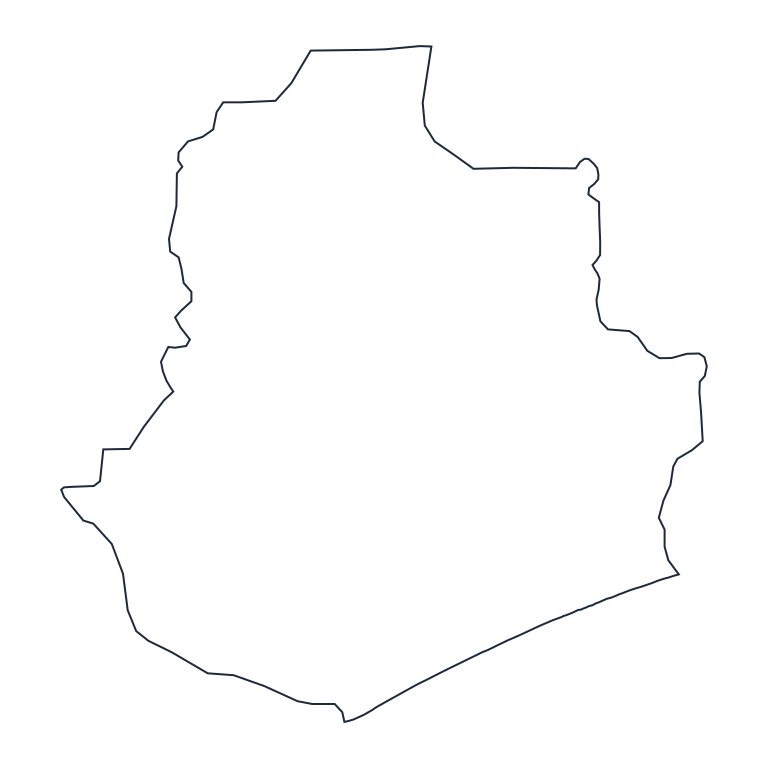 Salinas, Canelones, Uruguay (Robinson projection)
{"feature_id": "84410073B77165260459869", "entity_name": "Salinas", "entity_type": "district", "adm_level": 2, "iso_a3": "URY", "parent_name": "Uruguay", "parent_adm1": "Canelones", "projection": "robinson", "projection_center": [-55.842, -34.745], "detail": "fine", "context": "isolated", "style": "outline", "palette": "slate", "viewbox_px": 768, "rotation_deg": 0, "n_neighbors": 0, "source": "geoboundaries", "source_scale": "gbopen_adm2", "svg_char_len": 2202}
<svg xmlns="http://www.w3.org/2000/svg" viewBox="0 0 768 768"><path d="M344.4,721.9L348.9,720.9L353.7,719.4L363.5,715.0L371.6,710.4L376.6,707.0L382.5,703.7L391.6,698.6L405.8,690.7L414.3,686.0L420.7,682.7L426.0,680.1L437.4,674.3L448.1,668.9L464.9,660.7L482.3,652.2L487.6,650.1L499.7,644.2L507.8,640.3L518.9,635.5L540.2,625.6L552.8,620.2L561.3,617.1L563.8,615.9L566.2,615.2L570.0,613.7L572.2,612.8L574.8,611.6L578.4,609.9L581.0,609.6L583.9,608.3L585.9,607.6L588.5,606.3L592.5,605.2L595.5,603.5L598.9,602.3L602.9,600.5L606.5,598.9L611.3,597.6L614.9,596.2L619.2,594.3L623.5,592.8L626.4,591.6L630.7,590.0L635.6,588.4L640.4,587.0L645.8,585.2L652.1,583.0L657.9,580.7L664.4,578.6L668.7,577.5L673.1,576.0L678.8,574.4L668.3,560.2L664.6,546.7L664.6,529.6L658.8,517.8L663.4,500.7L670.4,485.2L673.3,466.5L677.5,458.7L691.9,450.2L702.7,441.2L701.0,411.4L699.4,392.7L699.8,381.7L704.8,376.0L706.8,366.3L704.4,357.2L699.1,353.5L686.8,353.8L671.7,358.0L659.5,358.2L647.3,350.8L637.7,337.0L629.5,331.1L608.0,329.4L600.4,321.3L596.9,305.1L596.5,299.7L598.7,289.5L599.6,278.7L597.5,273.5L594.7,269.3L592.5,265.0L596.3,260.8L600.1,255.0L600.2,241.8L599.6,227.7L599.1,212.2L599.1,202.2L593.6,198.3L588.4,194.5L589.1,188.0L594.2,184.0L598.2,179.3L598.4,174.5L597.2,168.1L593.6,163.6L588.4,158.9L584.5,158.8L580.1,161.9L575.7,168.3L568.2,168.3L513.0,167.8L473.5,168.8L453.9,154.7L434.7,141.5L424.8,125.6L422.7,102.8L431.4,46.5L419.8,46.1L385.5,49.3L371.5,49.8L310.7,50.6L291.3,83.2L275.5,100.8L242.3,102.3L223.2,102.3L216.6,112.2L213.2,129.4L202.5,136.9L188.0,141.4L178.6,152.4L178.2,160.5L182.3,166.7L176.9,173.4L176.4,206.2L169.0,238.9L170.2,251.6L178.6,257.3L181.4,268.5L183.7,283.0L191.4,291.9L191.4,301.2L181.2,310.6L175.1,317.4L180.5,327.4L189.9,339.6L186.1,346.0L175.0,347.7L168.3,347.0L165.1,353.4L161.0,361.8L162.9,371.3L166.4,380.6L170.4,387.3L173.3,391.6L163.9,400.4L143.7,427.0L129.6,448.9L103.3,449.4L100.0,481.2L93.8,486.0L70.6,486.9L63.9,487.4L61.2,489.7L64.1,497.0L83.4,520.6L93.3,523.6L111.8,544.0L123.0,573.7L127.7,610.2L136.2,631.1L148.4,640.8L171.8,652.3L207.7,673.3L233.6,675.2L264.1,686.0L297.6,701.2L312.2,704.0L334.7,704.0L342.3,712.2L344.4,721.9Z" fill="none" stroke="#1e293b" stroke-width="2"/></svg>